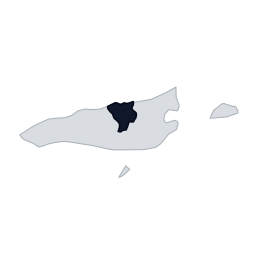 Manufahi on a map of East Timor (Robinson projection), rotated 192°
{"feature_id": "TLS-551", "entity_name": "Manufahi", "entity_type": "District", "adm_level": 1, "iso_a3": "TLS", "parent_name": "East Timor", "parent_adm1": "", "projection": "robinson", "projection_center": [125.762, -8.972], "detail": "fine", "context": "in_parent", "style": "filled", "palette": "ink", "viewbox_px": 256, "rotation_deg": 192, "n_neighbors": 0, "source": "natural_earth", "source_scale": "10m", "svg_char_len": 1639}
<svg xmlns="http://www.w3.org/2000/svg" viewBox="0 0 256 256"><g transform="rotate(192 128 128)"><path d="M89.6,178.0L87.4,168.5L85.1,164.4L83.2,162.1L82.6,159.3L82.7,156.3L83.8,154.9L91.7,154.5L94.8,149.6L94.8,143.8L93.2,141.8L91.7,141.0L83.5,145.4L81.2,144.6L79.8,143.0L80.3,136.5L87.0,130.4L92.7,119.4L96.7,115.0L106.0,110.9L109.7,109.7L136.8,103.7L143.3,103.3L160.5,103.4L183.4,102.1L189.1,101.3L196.5,98.6L203.6,95.3L207.4,92.7L211.4,90.8L217.3,93.2L227.3,95.0L230.0,96.6L232.5,98.7L220.9,110.3L208.1,119.9L200.2,122.8L192.1,124.8L185.8,128.5L180.6,134.3L173.9,137.6L166.4,138.7L159.9,140.4L154.1,143.9L145.9,149.7L142.6,150.3L139.1,150.2L132.4,152.4L111.4,160.8L98.7,170.1L89.6,178.0ZM23.5,165.6L33.8,159.4L49.6,154.6L49.2,158.1L47.6,163.6L45.2,166.2L41.6,170.8L39.2,171.9L29.8,170.9L28.6,171.5L26.9,171.0L24.5,168.0L23.5,165.6ZM126.7,78.0L122.4,90.5L117.8,87.9L122.7,80.8L125.1,78.7L126.7,78.0Z" fill="#d9dde1" stroke="#a8b0b8" stroke-width="1"/><path d="M152.4,144.9L146.0,149.9L144.8,150.3L141.0,149.6L139.7,149.7L139.0,150.2L137.6,151.5L136.9,151.8L134.2,151.8L132.9,152.2L128.8,154.8L128.2,154.8L128.0,154.3L127.6,151.6L128.0,150.3L128.4,149.2L127.9,147.5L126.9,146.5L125.3,145.7L123.4,144.7L122.5,143.0L122.4,140.6L122.5,139.2L123.0,138.2L123.5,136.8L123.8,135.4L125.2,134.6L127.4,134.6L128.3,133.9L128.5,131.8L128.6,130.5L128.8,128.7L129.4,125.8L129.4,125.7L130.6,125.6L133.0,124.2L134.1,122.9L135.2,122.5L136.9,122.7L136.9,122.9L136.5,127.0L137.2,130.3L139.2,132.1L141.1,133.3L143.4,134.5L144.9,136.5L145.8,138.3L148.7,140.1L151.4,142.3L152.3,144.0L152.4,144.9Z" fill="#0f172a" stroke="#020617" stroke-width="1.5"/></g></svg>